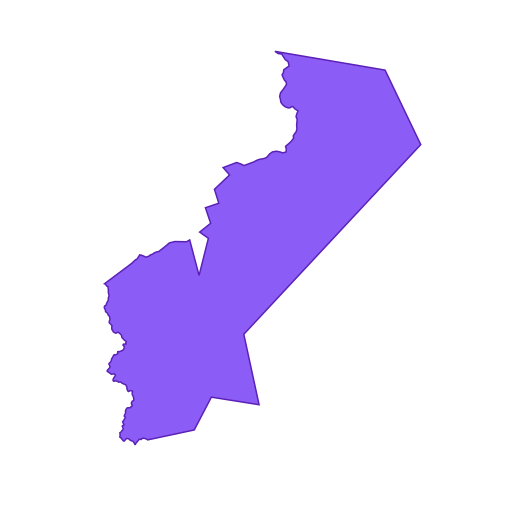 Tambul/Nebilyer District, Western Highlands, Papua New Guinea, rotated 279°
{"feature_id": "67681753B52685318346080", "entity_name": "Tambul/Nebilyer District", "entity_type": "district", "adm_level": 2, "iso_a3": "PNG", "parent_name": "Papua New Guinea", "parent_adm1": "Western Highlands", "projection": "mercator", "projection_center": [144.032, -5.998], "detail": "fine", "context": "isolated", "style": "filled", "palette": "violet", "viewbox_px": 512, "rotation_deg": 279, "n_neighbors": 0, "source": "geoboundaries", "source_scale": "gbopen_adm2", "svg_char_len": 3449}
<svg xmlns="http://www.w3.org/2000/svg" viewBox="0 0 512 512"><g transform="rotate(279 256 256)"><path d="M338.2,209.7L331.9,217.2L315.4,204.5L302.3,211.0L295.8,198.5L281.2,206.1L270.8,196.6L266.0,206.2L227.9,202.8L261.5,188.0L259.2,185.1L257.6,173.6L255.4,168.4L251.4,165.0L245.0,159.0L244.5,157.2L243.2,155.0L241.7,153.6L240.5,151.5L239.0,150.1L237.6,147.3L238.3,145.3L238.8,143.2L239.0,141.0L234.4,139.0L233.3,137.5L231.5,136.1L229.4,134.5L204.9,110.7L204.7,111.5L202.8,113.6L202.5,114.6L199.0,115.6L198.1,115.6L195.8,116.2L194.7,116.8L193.4,117.1L191.7,116.7L189.2,117.0L185.9,115.8L184.2,115.8L183.7,115.2L183.1,114.5L182.0,114.1L180.8,114.4L179.2,115.7L177.5,116.1L176.2,118.3L175.4,118.7L174.3,119.5L173.7,120.4L173.0,120.9L170.9,121.6L170.5,121.7L169.2,121.4L167.7,121.3L166.9,121.7L166.2,122.8L164.7,124.6L162.9,124.7L161.0,125.1L159.7,126.3L158.6,127.1L157.9,129.3L157.8,129.7L159.2,131.5L158.0,133.9L156.6,135.6L155.2,136.0L154.2,136.6L153.7,137.4L152.8,138.4L152.1,139.5L151.3,141.2L150.7,141.2L149.5,140.9L148.8,141.3L148.4,140.1L148.2,138.9L147.8,138.6L147.0,138.7L146.4,139.7L145.5,140.1L144.4,140.2L143.1,139.8L142.0,139.1L140.1,136.1L140.2,135.1L139.8,134.4L137.7,134.6L136.3,132.6L136.4,131.5L135.8,131.0L133.5,130.2L131.7,129.5L129.9,129.4L128.9,129.1L126.8,127.6L125.9,127.8L125.3,128.4L123.6,129.1L122.5,128.8L120.3,127.3L119.1,126.9L118.7,127.3L118.3,128.4L117.1,130.6L116.6,131.6L116.8,132.6L117.5,134.3L116.8,135.4L115.9,135.8L114.0,134.9L111.7,134.1L110.8,134.3L110.1,134.8L110.1,135.4L110.6,136.4L110.6,138.5L110.2,139.3L109.9,140.1L110.2,141.1L110.4,142.1L109.8,143.0L109.3,143.7L109.2,144.6L108.8,145.7L108.5,147.5L107.6,148.1L106.4,148.9L105.0,149.2L104.2,149.5L102.5,150.6L102.2,151.3L103.4,153.0L103.4,153.7L103.2,155.1L102.6,155.4L101.4,155.1L100.6,155.2L99.6,155.6L98.2,156.6L96.4,157.4L95.2,157.8L94.1,157.6L93.1,156.4L91.3,155.9L90.4,156.1L89.8,156.6L89.1,157.2L88.4,157.0L87.8,156.2L86.9,156.0L86.5,155.4L86.0,152.9L85.5,152.3L84.1,151.6L82.3,151.3L81.0,151.7L79.6,151.6L78.1,150.9L77.1,151.0L76.7,151.7L76.3,152.2L75.5,152.0L74.1,151.4L73.1,151.2L72.2,150.6L71.5,150.2L70.7,150.6L69.8,151.2L69.0,152.0L68.0,151.8L67.6,150.7L67.0,150.5L65.0,151.8L63.8,151.7L63.5,151.7L62.9,151.1L61.0,150.2L60.2,149.2L57.4,149.9L56.0,149.7L55.7,150.1L55.5,150.7L52.6,153.9L52.6,154.8L53.5,155.4L55.0,156.2L55.6,157.3L55.5,158.9L54.3,160.7L53.9,162.5L53.7,163.6L52.4,164.8L50.9,165.9L51.0,166.3L52.1,166.6L56.6,169.3L57.0,169.7L56.8,170.5L56.8,171.2L57.3,171.7L58.1,172.3L58.4,173.2L58.4,174.6L58.1,176.2L57.9,177.0L57.4,177.7L74.5,222.2L109.6,234.0L109.6,282.3L128.9,274.8L176.8,256.2L239.1,298.2L332.9,361.5L391.8,401.3L459.8,354.4L461.1,242.7L459.4,246.3L459.5,249.8L457.5,251.5L454.5,254.2L453.0,257.3L448.8,259.0L446.7,256.7L444.3,254.3L441.5,254.4L439.1,253.4L437.0,254.6L434.1,256.6L432.6,258.5L430.2,259.3L425.2,257.0L421.1,254.7L417.3,254.4L414.6,255.6L411.6,256.6L409.6,258.6L407.9,261.5L407.6,263.2L407.3,264.6L407.8,266.6L409.1,267.8L409.3,269.1L407.7,271.0L405.8,274.8L402.6,274.0L399.8,273.8L397.3,275.3L393.8,275.5L391.2,275.7L388.4,276.5L385.2,276.3L382.4,274.8L380.5,274.0L378.2,274.7L374.7,272.8L371.8,270.5L369.0,268.0L366.4,269.2L363.4,269.4L362.1,266.4L362.5,263.5L362.7,259.9L361.4,256.0L359.0,253.5L355.3,251.3L353.8,249.3L352.8,246.7L352.0,244.2L350.7,241.9L348.5,239.0L347.0,236.2L345.4,233.5L343.5,230.0L344.6,226.4L345.3,222.2L338.2,209.7Z" fill="#8b5cf6" stroke="#5b21b6" stroke-width="1.5"/></g></svg>